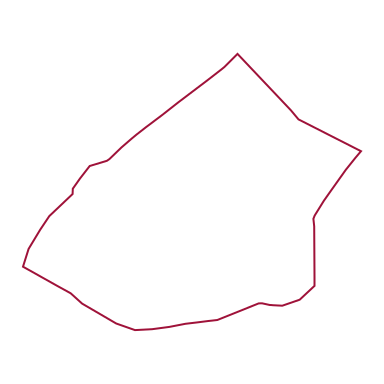 the district of Santo Domingo Yodohino, Oaxaca, Mexico
{"feature_id": "50627088B73301150640580", "entity_name": "Santo Domingo Yodohino", "entity_type": "district", "adm_level": 2, "iso_a3": "MEX", "parent_name": "Mexico", "parent_adm1": "Oaxaca", "projection": "orthographic", "projection_center": [-97.701, 17.639], "detail": "fine", "context": "isolated", "style": "outline", "palette": "rose", "viewbox_px": 384, "rotation_deg": 0, "n_neighbors": 0, "source": "geoboundaries", "source_scale": "gbopen_adm2", "svg_char_len": 794}
<svg xmlns="http://www.w3.org/2000/svg" viewBox="0 0 384 384"><path d="M298.5,119.4L290.9,110.3L237.5,53.9L224.4,67.0L222.2,68.8L208.3,79.6L178.6,102.1L173.9,105.8L161.8,115.3L146.1,127.1L136.5,134.6L131.8,138.5L121.4,147.5L109.4,159.1L106.9,160.8L89.7,166.0L80.0,178.5L72.8,188.7L72.6,194.0L49.3,216.1L40.2,229.7L28.6,248.9L23.0,266.7L26.6,268.7L42.1,277.4L56.9,285.7L70.7,293.3L82.1,303.6L116.2,323.5L135.0,330.1L152.1,329.2L169.4,326.9L185.4,323.8L197.3,322.4L208.3,321.0L211.2,320.7L217.3,320.0L258.7,303.4L262.0,303.3L269.8,305.0L270.1,305.0L272.0,305.1L272.6,305.2L282.3,305.7L299.7,299.7L313.5,286.8L314.5,285.9L314.5,276.7L314.2,226.4L313.4,218.8L314.7,215.5L323.9,200.7L331.3,190.2L345.8,169.8L355.5,157.7L361.0,151.2L298.5,119.4Z" fill="none" stroke="#9f1239" stroke-width="2"/></svg>